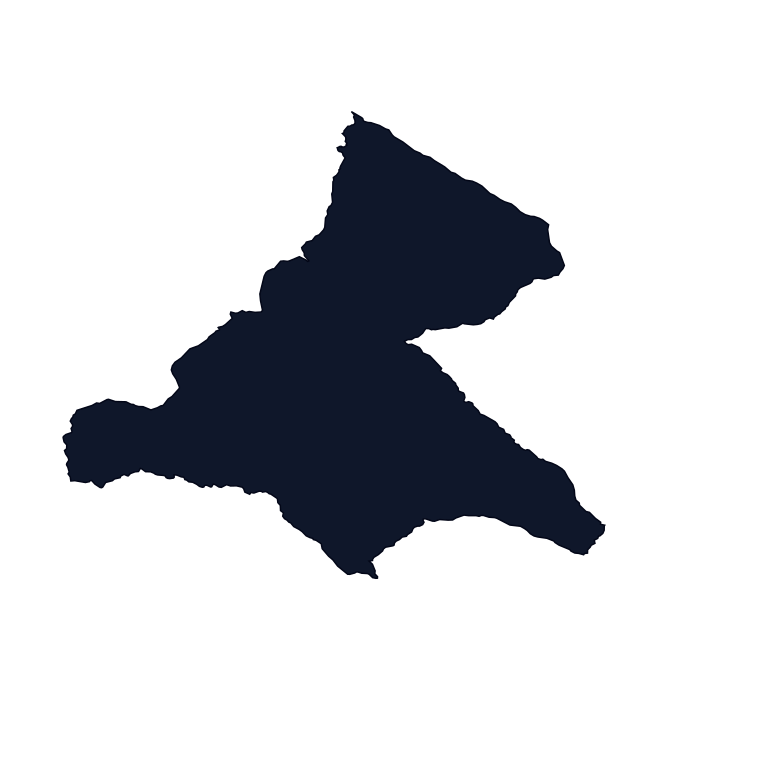 San Bernardo, Cundinamarca, Colombia (Equal Earth projection), rotated 297°
{"feature_id": "7082276B63706767253124", "entity_name": "San Bernardo", "entity_type": "district", "adm_level": 2, "iso_a3": "COL", "parent_name": "Colombia", "parent_adm1": "Cundinamarca", "projection": "equal_earth", "projection_center": [-74.363, 4.131], "detail": "fine", "context": "isolated", "style": "filled", "palette": "ink", "viewbox_px": 768, "rotation_deg": 297, "n_neighbors": 0, "source": "geoboundaries", "source_scale": "gbopen_adm2", "svg_char_len": 6159}
<svg xmlns="http://www.w3.org/2000/svg" viewBox="0 0 768 768"><g transform="rotate(297 384 384)"><path d="M328.7,640.7L332.3,641.8L334.4,641.8L337.8,644.3L340.4,642.2L343.4,644.5L345.7,644.2L346.7,645.3L350.2,646.8L353.6,646.6L357.3,644.8L358.4,644.8L357.3,640.6L359.2,639.8L360.2,633.5L362.9,625.3L362.1,621.8L364.7,613.3L366.6,612.0L367.7,607.7L370.8,604.8L375.8,601.8L379.9,598.0L384.0,590.5L388.2,584.4L389.2,581.1L389.8,574.8L389.6,569.4L388.4,563.0L389.1,559.7L387.9,558.2L387.4,555.0L388.4,553.1L391.0,543.3L390.5,541.4L389.1,540.1L388.9,537.9L389.4,534.4L391.2,531.4L390.5,529.5L390.6,527.0L391.5,526.0L393.1,525.6L393.8,521.5L394.7,521.0L395.8,519.0L395.2,514.3L397.9,511.2L397.6,505.8L399.9,502.8L400.8,500.1L401.4,487.3L400.8,483.3L403.1,480.0L405.1,473.1L406.6,472.2L407.1,470.9L406.7,467.5L404.8,465.4L404.6,463.4L405.5,462.6L408.7,462.2L411.1,460.4L412.1,458.9L411.6,454.4L412.0,453.1L414.0,452.0L415.7,448.6L417.1,447.4L418.1,443.0L419.2,441.8L420.4,438.7L421.1,436.0L420.8,431.4L421.4,428.2L424.1,428.2L429.9,412.0L429.3,404.3L430.9,402.2L432.5,398.9L432.0,390.6L430.0,387.6L430.1,385.3L431.3,382.8L434.4,385.1L436.1,388.3L439.4,390.3L441.3,392.9L446.7,395.3L452.3,396.0L453.7,398.8L453.9,401.7L454.9,402.8L455.7,405.0L461.6,412.7L463.2,416.5L468.1,423.0L473.9,426.5L474.1,428.2L477.3,436.7L479.4,440.0L481.7,442.9L484.9,444.8L487.2,445.0L490.8,448.1L491.5,452.0L493.6,451.9L497.8,453.9L499.0,455.3L501.9,456.0L505.9,457.9L507.9,457.5L510.0,458.8L513.7,458.6L522.2,461.2L524.2,460.4L526.5,460.9L528.9,460.5L531.9,461.8L540.0,468.5L542.2,469.4L545.2,469.3L546.0,470.0L548.4,473.5L550.5,479.7L555.0,484.5L557.6,485.8L560.2,489.9L563.5,490.0L568.0,491.1L571.5,490.9L580.8,480.8L581.0,477.6L582.8,470.6L585.1,467.3L595.9,459.7L600.6,458.4L602.0,450.9L602.2,447.4L601.4,441.7L600.0,438.6L599.0,433.0L599.3,427.0L601.2,421.1L602.2,415.7L601.1,408.6L601.1,403.6L602.1,396.4L601.8,391.9L604.8,381.5L605.1,375.4L604.8,370.6L602.6,364.0L602.7,359.4L603.9,351.7L603.1,347.5L605.0,339.5L605.9,327.3L606.9,322.1L605.4,314.8L606.1,311.3L605.6,305.0L608.2,291.0L608.8,280.8L609.6,278.3L612.6,272.9L612.0,269.6L612.3,262.7L610.9,253.7L609.7,250.9L609.0,247.3L609.3,246.0L610.8,244.6L611.2,243.2L611.9,231.3L610.2,235.5L608.1,235.7L605.6,238.5L603.2,239.8L601.2,239.3L600.0,237.6L598.4,236.8L597.2,234.8L591.4,233.5L589.5,234.2L588.3,233.2L586.8,237.5L584.9,238.9L582.5,239.4L581.8,241.6L580.4,241.5L580.0,242.5L577.1,241.0L576.3,239.3L576.3,237.9L575.5,238.2L575.3,236.4L574.3,236.1L573.3,235.0L571.2,237.0L570.8,238.6L571.3,240.1L571.2,241.9L569.2,243.8L567.9,246.7L558.3,246.4L556.4,246.7L556.1,247.4L554.3,246.6L553.1,247.5L551.0,247.4L548.3,246.9L545.1,245.1L542.7,246.8L541.0,246.7L532.3,250.9L529.6,251.2L522.5,255.7L518.8,255.7L517.2,254.6L512.4,254.8L509.5,257.0L505.4,256.5L496.7,260.1L493.9,260.2L487.5,258.5L484.5,255.9L479.2,254.9L475.2,250.4L473.1,250.3L468.2,248.7L466.6,250.1L464.7,253.3L462.2,254.8L459.8,261.0L459.3,261.2L458.5,260.3L459.0,258.3L459.0,250.8L450.6,243.7L449.4,242.2L448.1,238.7L446.4,236.1L436.8,233.9L435.9,232.4L431.8,229.1L429.6,228.3L425.6,228.3L407.9,232.5L402.1,236.2L394.6,242.2L393.2,242.1L392.2,241.6L389.3,236.6L387.4,231.0L385.1,228.4L385.0,224.4L381.0,221.6L379.6,219.5L378.6,214.9L376.5,215.3L373.6,219.0L364.9,215.7L362.0,214.0L359.4,210.8L359.0,210.6L358.2,212.6L357.4,212.8L354.8,210.3L352.9,210.0L346.8,206.8L343.4,206.5L333.8,201.3L327.2,195.1L315.3,191.6L308.5,187.9L304.1,187.2L300.0,188.1L297.2,191.1L293.9,196.8L288.4,203.1L287.2,203.6L276.6,200.8L272.8,198.5L264.7,197.0L263.1,195.0L260.0,192.9L255.1,188.1L254.4,179.6L252.5,175.5L251.8,172.2L252.0,170.1L251.1,167.8L251.0,162.2L246.4,152.6L245.3,145.5L244.4,144.3L237.6,139.5L236.6,136.5L232.3,133.6L221.2,122.4L217.1,122.5L215.2,121.3L212.9,121.8L211.5,121.2L208.5,121.3L206.4,124.9L204.9,125.7L202.3,125.4L199.9,127.7L198.7,127.5L194.6,123.5L191.7,122.2L190.6,122.4L187.2,125.2L185.7,129.0L182.2,130.6L179.7,129.5L177.2,132.1L175.1,135.9L173.1,137.8L169.2,137.4L167.9,137.8L166.3,140.1L162.6,143.5L160.5,143.3L158.8,146.6L155.4,149.0L157.5,152.4L160.7,162.7L163.2,165.8L164.3,165.8L165.3,167.4L163.6,171.8L162.9,178.0L163.4,179.5L164.5,180.2L169.9,180.7L174.5,185.9L177.1,187.0L180.7,191.4L182.6,191.3L184.9,193.0L185.5,193.8L185.7,197.1L186.1,197.9L189.1,198.7L192.7,202.0L194.6,205.0L198.2,205.2L198.4,206.8L197.6,211.3L199.8,215.9L200.1,219.4L199.8,221.2L200.2,223.6L202.5,229.2L202.7,231.0L201.7,232.3L201.7,234.0L202.4,236.0L204.6,239.1L205.6,239.4L207.8,238.2L208.8,240.9L209.2,245.5L210.1,248.1L208.4,250.0L208.8,251.7L208.2,254.5L209.6,258.1L209.6,262.7L209.0,266.0L209.5,269.0L210.4,270.2L212.0,270.2L213.0,271.2L213.4,272.5L213.5,276.2L214.1,277.1L217.3,277.3L217.7,279.3L217.3,283.7L218.1,286.0L222.8,289.4L223.5,293.6L226.3,298.8L227.7,304.5L227.0,306.5L224.5,309.1L224.8,314.4L226.8,314.6L227.8,317.6L231.8,321.4L232.7,323.4L232.5,324.8L234.5,327.5L234.6,329.5L234.1,331.5L234.5,333.2L233.6,340.4L233.1,341.3L230.1,343.3L228.8,346.7L224.2,349.3L223.6,352.8L220.2,353.8L218.8,356.5L218.7,359.2L217.7,362.0L217.9,363.9L216.0,368.3L215.9,374.3L215.3,378.1L213.4,383.6L213.5,387.6L214.1,390.7L213.3,391.6L213.9,394.5L213.2,400.6L209.2,403.7L205.4,412.9L204.1,418.3L200.7,425.4L198.0,438.0L198.9,439.9L202.3,443.7L204.2,444.9L204.7,446.4L205.3,450.1L207.6,455.3L207.7,457.2L206.3,461.8L207.2,465.0L208.0,466.3L209.4,465.7L210.8,461.9L213.5,460.9L218.2,455.5L219.4,451.1L221.5,453.9L222.6,453.4L225.0,453.7L229.4,456.4L234.6,458.5L236.8,458.4L239.3,459.5L243.9,465.4L244.9,466.1L247.3,465.5L249.6,466.2L252.4,468.4L255.9,469.7L258.5,473.1L260.5,473.3L264.7,475.8L268.1,475.5L270.2,476.1L272.6,478.4L273.6,480.3L276.3,482.3L279.0,482.4L280.3,480.6L281.7,480.3L282.8,482.5L283.8,489.3L284.7,491.4L288.5,495.1L291.8,502.9L294.0,506.9L297.3,508.9L303.5,514.8L305.2,519.4L308.5,525.8L309.3,528.8L311.2,530.5L312.0,532.3L313.0,538.1L315.2,543.2L315.6,545.5L315.5,560.2L319.2,570.2L319.0,574.7L318.5,578.1L317.0,582.4L316.7,586.6L317.5,590.4L320.5,599.2L321.2,606.6L320.4,608.3L319.9,613.0L320.8,624.7L320.0,626.4L320.0,630.7L321.5,634.5L322.5,639.4L324.0,639.6L325.7,642.1L328.7,640.7Z" fill="#0f172a" stroke="#020617" stroke-width="1.5"/></g></svg>